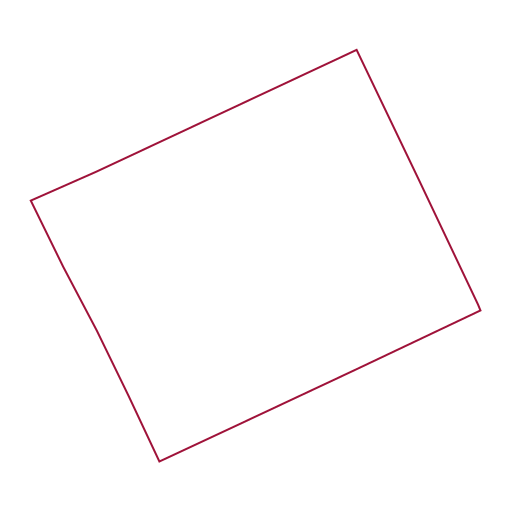 outline of Calhoun, Michigan, United States of America, rotated 155°
{"feature_id": "52423323B83216997168668", "entity_name": "Calhoun", "entity_type": "district", "adm_level": 2, "iso_a3": "USA", "parent_name": "United States of America", "parent_adm1": "Michigan", "projection": "orthographic", "projection_center": [-84.967, 42.246], "detail": "fine", "context": "isolated", "style": "outline", "palette": "rose", "viewbox_px": 512, "rotation_deg": 155, "n_neighbors": 0, "source": "geoboundaries", "source_scale": "gbopen_adm2", "svg_char_len": 318}
<svg xmlns="http://www.w3.org/2000/svg" viewBox="0 0 512 512"><g transform="rotate(155 256 256)"><path d="M214.5,110.9L75.6,111.8L75.3,118.1L76.2,255.8L77.7,400.3L364.9,399.9L436.7,401.4L435.3,327.9L431.8,255.4L430.6,182.7L430.4,110.6L358.6,110.6L214.5,110.9Z" fill="none" stroke="#9f1239" stroke-width="2"/></g></svg>